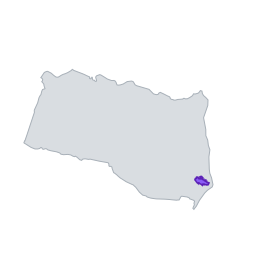 Tarkwa Nsuaem, Western, Ghana (highlighted), rotated 289°
{"feature_id": "2480657B19905724513669", "entity_name": "Tarkwa Nsuaem", "entity_type": "district", "adm_level": 2, "iso_a3": "GHA", "parent_name": "Ghana", "parent_adm1": "Western", "projection": "natural_earth1", "projection_center": [-2.01, 5.137], "detail": "fine", "context": "in_parent", "style": "filled", "palette": "violet", "viewbox_px": 256, "rotation_deg": 289, "n_neighbors": 0, "source": "geoboundaries", "source_scale": "gbopen_adm2", "svg_char_len": 4972}
<svg xmlns="http://www.w3.org/2000/svg" viewBox="0 0 256 256"><g transform="rotate(289 128 128)"><path d="M153.3,30.8L155.0,32.6L155.4,33.7L154.8,37.7L153.6,40.5L152.8,43.1L152.9,44.4L153.6,45.7L156.2,47.8L157.5,49.1L159.1,51.2L160.9,53.1L164.0,55.7L165.3,56.2L165.2,56.9L164.8,57.9L164.5,67.5L164.3,70.0L164.1,71.3L163.8,74.9L163.5,75.4L162.9,75.3L162.4,75.5L162.2,76.2L162.5,76.9L164.3,77.4L163.9,78.0L162.5,78.5L161.9,79.5L162.2,80.8L161.4,81.8L161.6,82.4L162.1,82.9L162.9,82.7L165.1,81.1L166.0,80.9L167.1,81.3L169.2,83.8L169.3,85.0L168.4,89.2L167.6,92.5L167.5,96.9L168.4,99.3L168.2,100.7L167.3,101.8L165.2,103.5L165.3,104.7L166.3,106.8L168.1,109.2L171.6,112.1L173.5,116.0L173.6,117.6L172.5,119.1L171.2,120.5L170.8,122.4L171.4,135.3L168.6,140.9L168.6,142.5L168.9,144.4L169.6,145.5L171.0,145.8L172.2,146.9L171.8,150.8L171.2,154.8L171.1,156.8L170.7,157.7L169.6,158.4L169.2,159.7L169.5,161.2L169.3,162.4L169.9,163.9L171.2,165.8L173.2,170.4L174.0,170.7L174.4,171.7L174.2,172.7L175.0,174.7L177.2,176.7L179.6,178.5L181.6,178.8L182.0,180.4L183.3,182.4L184.2,183.3L185.7,183.9L186.9,184.2L187.0,185.9L184.8,187.1L183.3,188.8L182.2,191.5L180.6,194.5L175.3,196.1L173.3,196.1L162.3,196.1L152.0,202.0L146.1,204.1L142.5,207.3L137.6,209.7L134.1,212.5L127.0,213.9L115.4,218.3L111.8,220.1L108.1,223.2L102.1,226.8L99.7,226.8L95.0,223.4L91.5,221.7L82.9,219.1L76.4,218.1L73.3,217.0L72.5,216.8L73.2,215.5L75.0,215.5L76.9,215.8L78.3,214.9L80.4,214.8L81.0,213.8L81.1,211.4L81.1,209.4L81.9,208.5L82.0,206.2L81.0,201.0L80.3,200.4L76.5,199.7L76.2,198.6L75.6,197.6L74.9,194.9L74.0,190.9L72.7,186.0L70.2,177.9L69.6,175.0L69.1,172.1L69.0,168.6L69.6,167.3L69.5,165.5L69.3,163.8L71.1,159.6L74.5,154.6L75.3,152.7L75.9,151.5L76.0,149.7L76.6,143.8L78.3,136.7L79.4,134.0L80.1,132.5L80.9,130.2L81.1,129.0L84.4,126.3L85.8,125.5L86.2,124.4L85.7,123.2L85.9,122.4L86.7,122.0L87.8,121.6L88.7,120.5L87.3,111.7L86.3,103.0L86.2,102.2L85.5,101.0L84.9,97.4L83.8,95.3L82.3,94.7L82.3,92.7L83.8,89.3L84.2,87.4L83.5,86.8L83.4,85.2L83.9,82.7L83.7,81.2L83.4,79.6L81.8,75.8L81.4,73.1L82.2,71.5L82.2,68.0L81.4,62.6L81.2,59.3L81.8,57.8L81.5,56.5L80.4,55.2L80.3,54.0L81.3,52.8L81.2,51.9L79.9,51.2L78.8,49.5L77.9,46.9L78.1,42.7L79.9,35.0L80.1,34.4L82.2,34.4L82.2,34.7L88.6,34.7L96.0,34.6L104.8,34.5L112.7,34.4L113.1,34.0L114.4,33.6L122.5,34.4L127.5,34.0L129.7,34.3L131.2,34.8L134.7,34.5L136.6,34.7L138.0,36.6L138.5,36.6L139.3,35.8L140.7,34.8L142.1,34.1L143.1,32.6L143.7,31.4L144.7,31.7L146.0,31.6L146.9,30.7L147.2,29.2L153.3,30.8Z" fill="#d9dde1" stroke="#a8b0b8" stroke-width="1"/><path d="M106.0,212.6L105.7,212.4L105.5,212.2L105.5,212.3L105.3,212.3L105.2,212.4L105.2,212.5L105.0,212.4L105.0,212.5L105.0,212.4L104.9,212.4L104.8,212.5L104.8,212.4L104.7,212.5L104.6,212.8L104.5,213.0L104.4,213.0L104.2,213.1L103.9,213.1L103.8,213.4L103.6,213.3L103.5,213.2L103.4,212.9L103.5,212.8L103.4,212.7L103.3,212.4L103.3,212.2L103.2,212.0L103.2,211.9L103.3,211.9L103.2,211.8L103.1,211.7L103.2,211.4L103.3,211.3L103.3,211.2L103.5,211.0L103.4,210.9L103.5,210.8L103.8,210.7L104.0,210.5L104.0,210.3L104.1,210.2L104.1,209.9L104.1,209.7L104.2,209.4L104.0,209.2L104.0,208.9L103.9,208.8L103.7,208.8L103.6,208.7L103.3,208.7L103.2,208.7L103.1,209.1L102.9,209.1L102.9,208.9L102.6,209.0L102.5,208.8L102.4,208.7L102.2,208.6L102.1,208.3L101.9,208.4L101.8,208.2L101.7,208.2L101.4,208.0L101.0,208.1L100.9,208.1L100.7,208.2L100.7,208.3L100.5,208.5L100.3,208.9L99.8,209.6L99.4,210.1L99.3,210.4L99.0,210.8L98.9,211.0L98.7,211.2L98.7,211.3L98.6,211.5L98.6,211.8L98.5,212.0L98.7,211.9L98.8,211.9L98.9,212.2L98.9,212.4L99.0,212.4L99.0,212.5L99.1,212.8L99.3,212.9L99.3,213.0L99.2,213.2L99.1,213.3L98.8,213.8L98.7,213.8L98.6,214.6L98.8,215.1L98.3,216.0L98.0,216.9L98.5,216.8L98.6,217.1L98.7,217.3L98.7,217.5L98.8,217.5L98.9,217.4L99.0,217.3L99.1,217.1L99.3,217.0L99.5,217.4L99.6,217.5L99.7,218.1L99.8,218.2L99.8,218.3L99.7,218.3L99.6,218.5L99.4,218.6L99.3,218.8L99.5,218.9L99.5,219.0L99.6,219.3L99.6,219.5L99.7,219.8L99.7,220.0L99.7,220.4L99.7,220.5L99.8,220.5L99.8,220.8L100.0,220.9L100.0,221.1L100.0,221.3L100.1,221.5L100.1,221.8L100.3,221.9L100.3,222.0L100.4,222.3L100.5,222.3L100.8,222.3L100.9,222.2L101.0,222.1L101.4,222.0L101.6,222.1L101.8,222.2L101.8,222.3L101.8,222.5L102.0,222.5L102.4,222.5L102.5,222.5L102.5,222.4L102.6,222.2L102.4,221.9L102.3,221.7L102.5,221.4L102.6,221.2L102.7,220.6L102.4,220.3L102.5,220.2L102.8,220.0L102.8,219.9L102.8,219.7L102.8,219.4L102.8,219.2L102.8,218.9L103.0,218.8L103.0,218.7L103.1,218.8L103.3,218.7L103.4,218.8L103.4,218.7L103.4,218.4L103.5,218.4L103.4,218.3L103.4,218.2L103.5,218.0L103.5,217.9L103.4,217.8L103.4,217.7L103.5,217.7L103.4,217.6L103.4,217.4L103.4,217.2L103.5,217.1L103.4,217.1L103.4,216.9L103.4,216.7L103.5,216.5L103.5,216.4L103.5,216.2L103.5,215.9L103.6,215.7L103.6,215.4L103.8,215.1L103.9,214.9L103.8,214.7L104.0,214.6L104.3,214.6L104.6,214.6L104.9,214.6L105.0,214.7L105.1,214.8L105.2,215.1L105.7,214.2L105.9,213.8L106.2,213.4L106.0,212.6Z" fill="#8b5cf6" stroke="#5b21b6" stroke-width="1.5"/></g></svg>